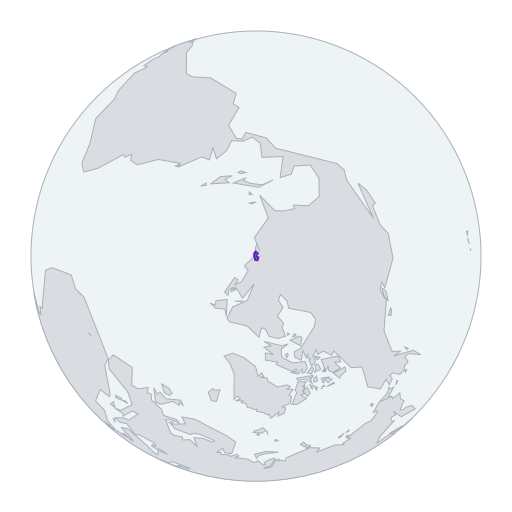 New Jersey highlighted on a globe, orthographic projection, rotated 164°
{"feature_id": "USA-3558", "entity_name": "New Jersey", "entity_type": "State", "adm_level": 1, "iso_a3": "USA", "parent_name": "United States of America", "parent_adm1": "", "projection": "orthographic", "projection_center": [-74.673, 40.14], "detail": "fine", "context": "on_globe", "style": "filled", "palette": "violet", "viewbox_px": 512, "rotation_deg": 164, "n_neighbors": 0, "source": "natural_earth", "source_scale": "10m", "svg_char_len": 11704}
<svg xmlns="http://www.w3.org/2000/svg" viewBox="0 0 512 512"><g transform="rotate(164 256 256)"><circle cx="256" cy="256" r="225" fill="#eef3f6" stroke="#a8b0b8"/><path d="M254.2,481.3L253.6,481.2L257.5,481.0L253.4,480.9L261.7,479.3L257.0,479.8L259.4,475.7L266.7,470.7L272.7,450.5L268.0,445.8L250.9,440.0L230.3,417.9L236.0,408.5L231.4,403.5L246.4,389.2L242.4,374.5L237.0,372.2L231.8,377.6L213.7,366.7L207.4,354.2L152.9,322.7L147.5,314.5L147.9,303.7L132.7,259.7L137.9,297.9L131.4,288.6L126.8,273.8L130.2,272.1L128.1,251.7L122.7,241.3L124.9,216.2L140.9,189.9L142.2,196.1L145.9,189.6L144.5,181.6L142.7,178.0L153.6,148.8L151.5,126.9L143.4,124.8L151.0,121.9L130.8,122.1L124.9,115.8L136.1,120.1L140.7,118.5L139.0,112.5L143.4,109.6L145.1,105.3L150.5,102.6L156.6,105.9L160.3,104.4L158.8,100.3L163.4,95.5L164.9,101.6L173.0,94.0L184.7,99.4L184.5,120.0L195.5,122.6L207.3,143.2L210.7,139.7L217.4,146.0L223.9,144.5L224.2,149.3L229.1,144.0L227.5,140.0L229.1,136.5L232.8,135.4L233.9,141.1L232.2,142.5L234.4,143.6L233.4,147.0L236.0,144.7L236.8,152.1L241.4,143.3L246.7,148.1L245.8,153.4L238.8,154.7L219.3,172.1L216.2,178.8L218.9,186.6L239.0,196.9L238.5,204.1L243.1,212.4L246.6,207.3L244.3,199.2L251.9,192.4L248.2,183.7L250.7,179.9L249.7,170.8L257.5,170.5L265.7,175.3L266.9,183.0L270.5,185.5L275.5,177.1L283.8,191.1L299.7,200.1L301.0,204.3L292.4,213.5L276.7,215.6L265.6,229.6L280.6,219.1L283.6,230.5L287.3,232.0L291.7,230.8L293.6,226.1L296.2,229.9L282.4,241.2L279.8,237.9L284.2,234.1L276.8,235.5L267.6,244.1L269.8,249.7L253.4,258.5L254.8,262.8L252.0,267.5L250.9,259.8L252.6,274.0L233.7,289.2L235.7,313.4L225.3,294.3L216.5,291.5L205.8,290.8L206.0,294.7L191.7,289.8L178.8,295.8L174.0,313.6L178.8,328.6L194.6,331.9L199.4,324.9L211.1,324.7L202.6,344.2L223.0,349.1L220.9,363.5L226.8,371.3L237.0,369.9L247.6,373.6L255.1,365.4L267.2,360.5L267.6,372.1L274.2,361.2L281.0,366.3L305.0,363.1L303.2,366.0L323.5,375.8L345.1,376.3L350.1,382.7L347.5,388.0L354.9,387.2L355.0,390.1L384.1,383.9L398.5,384.1L397.7,393.5L385.0,409.4L372.0,432.4L348.9,445.8L342.0,453.4L322.2,465.3L308.3,467.8L311.3,469.9L302.8,472.9L293.5,474.5L291.1,476.2L284.2,477.1L288.3,477.4L276.3,479.8L278.7,480.1L273.5,480.6L254.2,481.3ZM45.5,221.6L47.2,217.2L46.8,221.9L45.5,221.6ZM47.8,213.3L47.3,215.0L47.6,213.3L47.8,213.3ZM47.8,211.2L47.8,212.7L47.5,211.3L47.8,211.2ZM47.5,208.8L47.7,209.9L47.6,210.0L47.5,208.8ZM234.5,321.3L257.8,332.5L244.6,333.9L247.1,331.9L241.2,327.3L230.2,322.7L218.6,324.4L234.5,321.3ZM47.8,204.0L48.0,202.7L48.3,203.3L47.8,204.0ZM244.9,308.6L240.9,307.7L244.9,307.6L244.9,308.6ZM141.2,177.0L144.0,181.8L143.6,190.3L140.8,186.6L141.2,177.0ZM142.6,161.6L145.2,162.7L140.8,169.1L140.7,166.5L142.6,161.6ZM136.7,124.4L138.1,127.5L135.2,125.5L136.7,124.4ZM144.4,105.2L142.6,105.3L144.2,103.0L144.4,105.2ZM245.5,171.7L247.6,171.3L246.7,173.2L245.5,171.7ZM243.1,168.3L240.6,170.8L239.1,169.6L240.7,168.1L243.1,168.3ZM154.0,97.0L157.2,93.6L155.0,97.6L154.0,97.0ZM246.6,165.6L236.8,167.1L234.2,165.0L238.0,157.5L246.6,165.6ZM159.8,92.0L167.5,84.3L164.1,83.7L178.0,81.5L166.9,88.5L164.7,93.3L163.2,91.1L159.8,92.0ZM225.4,139.2L227.2,143.5L222.3,141.1L225.4,139.2ZM221.9,138.6L204.5,137.2L203.7,130.8L209.7,132.4L205.8,125.3L214.0,122.7L217.9,126.1L216.8,130.7L220.8,126.3L221.9,138.6ZM184.5,81.8L187.2,80.6L185.5,82.5L184.5,81.8ZM229.4,134.9L226.0,135.0L225.0,129.4L231.7,128.1L229.8,130.3L229.4,134.9ZM200.9,124.8L201.3,120.6L208.0,117.3L209.1,115.4L214.1,122.1L200.9,124.8ZM231.9,131.0L235.1,127.7L238.9,129.4L232.7,134.4L231.9,131.0ZM221.9,128.5L221.8,125.9L224.0,126.9L221.9,128.5ZM254.2,134.3L250.1,134.2L249.2,131.3L254.2,134.3ZM236.0,126.3L234.7,125.8L233.9,124.7L236.7,122.9L236.0,126.3ZM218.5,119.5L221.2,119.2L216.8,116.6L221.6,114.3L224.1,119.3L225.1,116.2L226.5,115.5L226.9,120.5L218.5,119.5ZM237.2,118.0L242.0,124.1L249.7,124.7L250.7,127.3L238.0,126.0L237.2,118.0ZM231.1,119.0L235.1,118.9L234.3,122.0L231.1,124.0L231.1,119.0ZM224.0,111.0L216.0,113.2L215.7,112.0L224.0,111.0ZM239.6,117.5L238.4,116.1L240.3,117.2L239.6,117.5ZM229.0,112.2L226.2,113.1L226.0,111.7L229.0,112.2ZM238.3,112.6L239.9,114.5L237.8,115.8L238.3,112.6ZM234.2,111.9L234.6,109.9L236.1,115.2L233.0,112.5L234.2,111.9ZM229.3,110.8L228.2,110.3L230.5,110.7L229.3,110.8ZM245.6,106.8L247.9,113.1L243.2,115.9L241.6,109.3L245.6,106.8ZM446.2,135.3L443.6,132.6L440.9,129.0L440.7,128.8L440.4,128.4L445.1,135.1L442.8,133.2L449.6,140.8L457.4,155.1L464.2,169.9L469.8,185.1L474.4,200.8L477.8,216.7L480.1,232.9L481.2,249.1L481.1,265.4L479.8,281.7L479.8,275.9L479.9,260.7L478.9,258.9L477.6,266.9L475.8,264.7L474.5,268.8L462.3,300.2L455.2,301.0L438.8,288.6L438.6,274.5L432.7,263.8L426.4,198.1L431.6,192.5L434.2,163.2L435.7,161.2L442.5,170.7L450.2,161.0L444.2,149.4L444.0,138.4L439.2,128.0L424.9,111.8L432.6,128.3L426.8,125.4L415.0,107.0L407.3,93.8L404.8,92.3L403.7,96.5L395.9,89.7L402.7,97.8L404.4,97.2L408.7,102.5L407.4,103.5L404.6,100.9L405.3,104.4L418.0,116.6L421.2,117.4L426.5,130.6L432.3,133.4L435.9,139.2L427.5,136.8L423.7,133.4L413.1,136.5L417.6,141.2L427.9,138.8L427.4,141.3L433.5,148.5L428.5,145.0L416.0,147.2L416.8,160.8L428.3,188.1L426.6,196.5L420.4,200.3L405.6,182.9L411.1,166.3L406.0,160.8L395.8,159.3L398.4,154.7L394.9,152.3L396.1,146.3L389.0,134.4L388.9,128.3L377.5,120.7L375.9,116.8L383.1,122.3L388.0,123.2L386.7,109.5L383.9,106.0L376.6,102.4L377.2,99.4L370.3,97.7L365.3,89.5L365.6,98.4L357.0,95.2L349.3,89.1L346.6,89.9L359.1,100.0L364.0,102.7L368.2,102.4L381.6,112.3L383.9,117.7L370.0,114.0L371.7,121.7L360.1,116.2L333.5,91.0L326.8,82.6L333.8,72.8L340.3,75.5L341.0,80.2L348.3,77.8L343.9,77.0L344.3,74.9L336.3,72.0L336.2,70.4L328.6,70.7L327.6,68.4L332.5,68.2L319.7,62.8L315.4,58.3L312.5,57.9L310.7,58.8L306.4,52.8L304.5,52.9L305.1,54.8L301.7,56.3L294.1,56.7L293.0,54.6L295.6,54.1L299.5,50.4L306.7,50.0L305.4,49.2L299.0,49.1L294.2,53.6L289.9,54.6L291.2,52.0L290.4,53.0L287.9,52.8L284.5,50.8L282.6,53.6L256.8,56.8L247.6,53.9L251.6,50.8L232.5,52.6L223.5,50.4L224.2,52.0L215.4,54.7L218.1,55.4L217.8,56.4L196.5,65.1L190.7,65.9L182.3,72.6L182.6,73.6L186.4,73.3L178.0,81.5L164.1,83.7L164.1,81.3L155.4,84.8L156.6,79.0L153.5,76.2L159.9,68.6L156.9,67.6L153.8,69.2L147.5,69.4L145.1,65.2L160.6,61.4L166.8,68.8L165.5,64.9L169.8,63.9L171.8,61.4L170.5,59.1L167.9,60.0L186.5,48.5L191.4,42.6L181.2,46.4L174.8,47.9L171.5,47.2L174.1,46.1L189.5,40.7L205.3,36.5L221.3,33.4L237.6,31.5L253.9,30.7L270.2,31.2L286.4,32.8L302.5,35.6L318.4,39.5L333.9,44.6L349.0,50.8L363.6,58.1L377.6,66.4L391.1,75.7L403.8,86.0L415.7,97.1L426.8,109.1L437.0,121.8L446.2,135.3ZM436.3,224.7L438.3,228.3L436.3,224.7ZM404.2,86.8L396.3,79.7L391.0,76.3L387.5,73.5L387.0,73.6L390.6,76.1L388.1,76.1L381.4,71.1L377.9,69.6L380.4,72.0L393.0,81.3L396.7,81.0L402.3,85.5L404.2,86.8ZM305.8,362.9L308.7,364.7L304.8,365.3L305.8,362.9ZM242.8,339.0L247.7,339.3L250.3,341.3L246.5,341.9L242.8,339.0ZM284.1,337.8L289.8,338.3L283.9,339.9L284.1,337.8ZM261.5,333.8L279.6,337.8L268.3,342.1L256.8,339.7L264.7,338.3L261.5,333.8ZM242.7,316.2L245.7,317.2L244.8,319.5L242.7,316.2ZM247.8,308.7L246.6,308.9L245.1,306.9L247.8,308.7ZM284.4,229.8L285.6,229.0L290.0,228.8L288.0,231.0L284.4,229.8ZM309.2,216.9L312.9,223.4L308.9,220.0L306.8,224.0L295.7,222.2L301.1,206.3L300.6,213.6L309.2,216.9ZM282.4,216.0L288.8,218.5L281.6,216.4L282.4,216.0ZM374.6,147.0L378.0,145.9L381.8,149.9L381.9,159.0L376.3,153.1L374.6,147.0ZM381.8,143.5L367.9,138.1L367.3,132.7L370.0,136.5L371.0,133.5L375.6,139.0L388.5,139.7L392.8,143.4L390.6,157.3L389.0,150.5L385.9,151.8L381.8,143.5ZM333.6,138.5L327.6,137.4L334.1,127.0L338.9,129.3L339.4,138.1L333.8,140.6L333.6,138.5ZM255.2,152.7L252.5,153.8L252.2,152.1L254.2,149.7L255.2,152.7ZM252.3,134.5L266.7,146.2L264.4,148.0L275.6,153.3L273.8,160.2L266.5,156.4L273.5,166.1L266.2,165.5L271.7,171.6L255.7,162.4L249.4,162.7L257.2,159.7L259.1,153.2L258.0,150.5L250.3,143.1L237.7,141.0L237.6,134.7L240.8,130.8L243.8,130.4L243.0,134.5L247.6,130.9L248.7,136.6L252.3,134.5ZM279.0,96.0L276.8,99.8L286.2,95.9L287.3,100.6L288.4,99.9L292.0,103.4L298.2,106.4L297.6,108.7L300.2,108.9L302.7,111.4L306.1,112.6L306.4,117.2L310.6,119.2L308.3,120.3L315.5,122.5L310.2,123.0L312.9,126.6L316.6,124.2L309.5,148.8L310.6,159.6L314.3,168.6L304.8,168.9L295.2,161.1L286.9,149.9L287.2,139.8L282.8,142.1L281.7,138.1L285.6,138.0L278.9,135.8L279.0,132.5L271.6,124.2L261.8,123.6L258.9,120.8L262.8,119.4L257.1,117.6L262.5,113.1L260.5,111.1L263.8,104.9L272.4,103.8L269.5,101.7L271.9,97.2L279.0,96.0ZM246.8,105.1L256.9,102.1L262.4,103.4L254.4,113.6L255.4,116.1L250.5,123.3L242.5,121.4L244.7,119.5L244.9,117.2L247.3,118.7L245.6,115.8L248.5,113.2L247.9,110.3L251.3,110.0L246.8,105.1ZM433.0,155.2L433.4,153.1L433.0,149.0L436.8,153.7L433.0,155.2ZM424.8,156.8L424.5,154.2L429.8,158.3L429.4,160.7L424.8,156.8ZM419.8,149.5L424.1,153.7L421.6,152.9L419.8,149.5ZM382.3,119.9L381.4,117.2L383.1,117.7L385.7,120.0L382.3,119.9ZM307.4,87.3L305.2,88.8L303.9,88.1L296.3,88.8L294.9,85.6L298.9,84.0L307.4,87.3ZM428.8,116.7L432.8,122.0L432.3,122.4L431.0,120.4L428.8,116.7ZM437.0,138.3L437.2,134.8L438.0,139.6L437.0,138.3ZM304.6,84.0L301.6,84.6L302.8,82.6L304.6,84.0ZM293.5,83.4L294.0,81.1L293.9,85.4L293.5,83.4ZM288.4,61.2L300.4,63.3L308.2,63.5L311.1,61.2L312.2,65.8L300.2,65.4L288.4,61.2ZM260.8,57.4L258.4,59.9L256.0,58.7L256.2,57.9L260.8,57.4ZM261.8,59.0L265.2,62.6L261.6,64.0L259.6,60.8L261.8,59.0ZM285.4,72.2L289.0,72.9L288.1,74.4L285.4,72.2ZM161.1,51.7L161.9,51.5L152.5,56.0L150.1,57.2L151.6,56.4L161.1,51.7ZM159.5,52.7L164.1,50.6L176.2,48.0L176.4,48.7L162.3,52.3L165.9,50.6L164.6,50.7L159.5,52.7ZM186.1,79.6L187.1,80.5L184.7,80.7L186.1,79.6ZM219.4,56.7L218.5,58.2L215.7,58.2L219.4,56.7ZM214.5,62.4L218.3,61.4L214.7,63.3L214.5,62.4ZM226.9,59.1L220.1,61.4L225.9,58.0L226.9,59.1Z" fill="#d9dde1" stroke="#a8b0b8" stroke-width="1"/><path d="M253.4,258.5L253.4,258.4L253.5,258.3L253.5,258.2L253.4,258.1L253.4,257.9L253.5,257.9L253.5,257.7L253.7,257.4L253.8,257.3L253.9,257.2L254.1,257.2L254.3,257.1L254.5,257.0L254.7,256.9L254.7,256.7L254.7,256.8L254.8,256.7L255.0,256.4L255.3,256.2L255.5,256.1L255.8,256.0L255.8,255.9L255.7,255.7L255.4,255.3L255.2,255.1L255.1,254.9L255.0,255.0L254.9,254.9L254.8,254.5L254.8,254.4L254.6,254.3L254.5,254.2L254.4,254.2L254.5,254.1L254.4,253.9L254.5,253.9L254.4,253.8L254.4,253.7L254.5,253.6L254.5,253.4L254.6,253.5L254.7,253.4L254.8,253.2L254.8,252.9L254.7,252.9L254.6,252.7L254.8,252.5L255.0,252.4L255.1,252.2L255.4,251.9L255.4,251.7L255.5,251.6L255.7,251.4L255.8,251.3L255.9,251.2L256.2,251.4L256.5,251.6L256.8,251.8L257.1,251.9L257.4,252.1L257.7,252.3L258.0,252.5L258.3,252.6L258.2,252.9L258.1,253.2L258.0,253.4L258.0,253.5L257.9,253.6L257.9,253.8L257.7,253.9L257.7,254.0L257.7,253.8L257.7,253.7L257.6,253.8L257.5,254.0L257.4,254.0L257.3,254.3L257.2,254.4L257.2,254.5L257.3,254.8L257.6,254.8L257.9,254.9L258.0,255.0L258.1,254.9L258.0,254.7L258.1,254.8L258.1,255.0L258.1,255.3L258.0,255.7L258.0,255.9L258.0,256.0L257.9,256.1L257.9,256.4L257.9,256.6L257.8,256.8L257.8,257.0L257.8,257.4L257.7,257.4L257.8,256.8L257.8,256.7L257.9,256.4L257.8,256.5L257.7,256.5L257.6,256.8L257.6,257.0L257.5,257.3L257.5,257.6L257.5,257.8L257.4,257.8L257.3,258.0L257.2,258.1L257.0,258.3L257.1,258.5L257.1,258.4L256.9,258.3L256.8,258.5L256.7,258.7L256.7,258.8L256.8,259.0L256.7,259.1L256.4,259.3L256.4,259.2L256.5,259.2L256.4,259.1L256.4,259.3L256.2,259.3L256.4,259.3L256.2,259.6L255.9,260.0L255.8,260.3L255.7,260.3L255.6,260.5L255.4,260.7L255.2,260.8L255.1,260.7L255.2,260.4L255.3,260.1L255.3,259.9L255.2,259.7L254.9,259.7L254.7,259.7L254.4,259.4L254.2,259.3L254.1,259.2L253.9,259.1L253.6,258.7L253.4,258.6L253.4,258.5ZM257.6,257.7L257.6,257.9L257.5,258.1L257.3,258.3L257.3,258.2L257.6,257.8L257.6,257.7ZM257.0,258.7L256.9,258.7L257.0,258.6L257.0,258.8L256.8,259.0L256.8,258.9L256.7,258.8L256.8,258.8L257.0,258.7Z" fill="#8b5cf6" stroke="#5b21b6" stroke-width="1.5"/></g></svg>